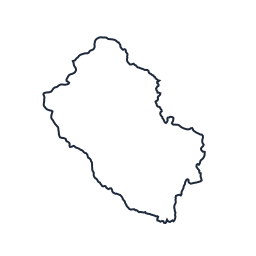 the district of Gameleiras, Minas Gerais, Brazil, rotated 211°
{"feature_id": "56859067B89817296937915", "entity_name": "Gameleiras", "entity_type": "district", "adm_level": 2, "iso_a3": "BRA", "parent_name": "Brazil", "parent_adm1": "Minas Gerais", "projection": "albers", "projection_center": [-43.269, -14.981], "detail": "fine", "context": "isolated", "style": "outline", "palette": "slate", "viewbox_px": 256, "rotation_deg": 211, "n_neighbors": 0, "source": "geoboundaries", "source_scale": "gbopen_adm2", "svg_char_len": 5542}
<svg xmlns="http://www.w3.org/2000/svg" viewBox="0 0 256 256"><g transform="rotate(211 128 128)"><path d="M40.7,72.7L40.9,73.9L41.1,74.8L41.6,76.3L42.6,77.4L43.3,78.6L43.8,80.0L45.1,80.9L45.8,81.9L46.5,82.7L47.3,83.4L47.9,84.6L48.5,86.2L48.5,87.7L48.8,88.9L49.6,90.1L50.4,91.0L50.7,92.1L51.6,93.2L51.9,94.7L51.1,95.6L50.2,96.7L49.2,97.4L48.0,97.4L48.0,98.8L49.0,100.3L49.3,101.8L49.4,103.2L49.4,104.3L49.6,105.3L50.2,106.5L50.3,108.0L50.3,109.2L50.9,110.5L51.2,112.1L51.2,113.7L50.8,114.6L49.6,114.8L48.9,114.0L48.5,113.1L47.1,112.5L45.7,112.6L44.9,113.1L44.1,114.0L43.2,114.8L42.1,115.9L41.1,116.6L40.4,117.5L39.5,118.4L38.6,119.3L37.9,121.0L39.2,122.4L40.6,123.6L41.5,125.0L42.3,126.6L43.6,126.4L44.5,127.4L45.0,128.3L46.3,128.7L47.8,129.3L49.3,130.0L49.9,131.0L50.2,132.0L49.6,133.1L48.3,133.0L48.2,134.3L48.6,135.8L49.0,137.5L48.6,138.9L48.1,140.2L48.0,141.7L48.1,143.0L48.4,144.2L49.2,145.7L49.9,147.0L50.9,146.7L51.8,146.2L53.0,146.6L54.1,147.0L54.8,147.8L54.9,149.0L54.6,150.2L54.3,151.4L54.5,152.6L55.7,153.2L56.7,153.8L57.3,154.5L57.8,155.3L58.3,156.2L58.5,157.3L58.9,158.6L59.9,159.9L61.5,160.3L62.6,159.7L63.9,159.6L65.2,159.5L66.3,159.4L67.4,159.2L68.5,159.4L69.7,159.4L70.8,159.6L71.8,160.4L72.9,161.0L74.0,160.2L74.5,158.8L75.8,157.8L77.1,157.1L78.5,156.8L79.9,156.4L80.9,156.3L82.1,156.2L83.2,156.2L84.2,156.4L85.4,156.6L86.7,156.5L88.3,155.7L89.5,155.1L90.3,154.5L91.5,154.2L92.8,154.6L93.0,155.9L93.0,157.4L93.6,158.7L94.1,159.9L95.4,160.2L96.4,159.9L97.5,159.4L98.3,158.1L99.3,157.3L99.0,156.1L98.0,155.1L97.7,153.4L98.0,151.9L99.4,151.8L100.6,152.6L101.7,153.4L102.5,153.9L103.4,154.1L104.4,155.1L105.7,155.5L106.8,156.0L107.7,156.8L108.3,158.2L107.7,159.7L108.7,160.8L109.9,161.2L110.8,161.8L111.7,162.3L112.7,162.0L113.7,161.7L114.9,162.2L115.9,163.3L117.0,163.9L118.0,164.8L117.7,165.8L116.9,166.6L117.1,168.2L118.1,169.3L118.4,170.6L117.9,171.7L117.7,173.0L118.1,174.4L119.6,174.2L120.9,173.5L121.7,174.5L123.2,175.2L124.3,176.3L124.2,177.5L124.3,178.6L123.6,179.6L124.0,180.8L125.0,181.3L126.1,181.5L126.7,182.5L126.0,183.4L125.6,184.7L126.9,184.3L128.2,184.6L129.8,184.7L130.9,185.5L132.3,185.5L133.3,186.1L134.5,185.8L135.8,186.1L137.4,186.0L138.8,186.3L139.7,187.4L141.2,187.7L142.6,187.0L143.6,186.4L145.2,186.3L146.7,185.9L148.0,185.7L149.5,185.5L151.0,184.9L152.3,185.3L153.6,185.7L154.8,185.5L156.2,186.0L157.1,185.1L157.8,184.2L159.1,183.5L160.9,184.0L162.5,184.5L163.5,185.3L164.4,186.5L164.7,187.9L165.6,188.8L166.0,190.1L166.6,191.2L167.9,191.7L169.1,192.2L169.6,193.1L170.7,193.9L171.7,193.7L172.5,192.5L173.7,192.6L174.8,193.0L176.2,193.6L177.3,195.1L178.7,195.9L180.0,196.5L181.1,196.2L182.7,196.6L183.8,196.7L185.1,196.6L186.5,196.1L187.9,195.5L189.2,194.9L190.7,194.1L192.1,194.3L193.3,194.2L194.5,193.7L195.8,192.8L197.2,192.2L198.5,191.4L199.5,190.5L200.2,189.3L200.9,187.7L201.1,186.3L200.9,185.1L200.5,184.2L200.1,183.0L199.5,181.9L198.7,180.9L198.2,179.8L198.1,178.3L198.6,176.9L199.4,175.8L200.1,175.1L200.5,174.0L200.4,172.6L201.1,171.3L202.3,170.5L203.5,169.7L204.9,168.1L206.4,166.4L206.9,165.4L207.2,164.3L207.3,163.0L207.8,161.8L208.1,160.7L208.2,159.4L208.4,158.4L209.1,157.7L209.8,157.0L208.9,156.3L208.1,155.7L207.3,154.6L206.0,153.5L205.0,153.0L204.1,152.6L203.1,151.9L202.4,150.9L202.2,149.9L202.2,148.7L202.4,147.7L202.9,146.9L203.7,145.7L205.0,144.3L205.7,143.1L205.9,142.1L205.9,141.2L205.8,140.0L205.8,138.9L205.7,137.9L204.9,136.7L203.2,136.7L201.8,136.5L201.7,135.3L202.6,134.2L203.8,133.0L204.8,132.3L206.2,131.7L207.5,131.1L208.4,130.2L209.2,128.9L209.6,127.8L210.0,126.8L210.7,125.9L211.7,125.0L212.2,123.7L212.4,122.2L212.4,120.8L212.8,119.3L213.8,118.2L214.9,117.3L216.0,116.6L217.1,115.6L218.1,114.3L217.7,113.1L216.7,112.4L215.9,111.8L215.3,111.0L214.9,110.1L214.5,109.1L213.8,108.1L213.1,106.5L212.5,104.9L211.5,103.7L210.3,103.2L209.3,102.8L208.0,102.4L206.9,102.3L205.7,102.5L204.7,102.7L203.8,102.9L202.7,103.4L201.3,103.4L200.9,102.1L200.6,100.7L200.1,99.2L199.5,97.8L198.2,96.6L196.9,96.1L195.9,95.7L194.8,95.0L193.5,94.4L192.6,93.9L191.2,93.5L189.7,93.0L188.5,92.6L187.6,91.9L186.8,90.7L185.9,89.6L185.0,88.5L184.0,87.1L182.8,85.9L181.5,85.0L180.1,85.3L179.1,85.7L177.8,86.3L176.3,86.5L175.4,86.4L174.7,85.4L173.7,85.0L172.7,85.2L171.1,85.1L170.0,84.5L169.4,83.5L169.0,82.6L167.9,81.9L166.8,82.8L166.1,83.7L165.6,84.6L164.6,84.8L163.7,84.6L162.7,84.4L161.0,84.8L159.5,85.0L158.2,85.0L157.2,84.9L156.2,85.2L154.8,85.0L153.3,84.5L152.0,84.5L150.9,84.8L150.0,84.5L148.9,84.0L148.0,83.0L146.9,82.1L144.5,82.0L143.3,81.3L142.6,80.5L141.2,79.9L140.4,78.7L139.6,77.6L138.9,76.4L138.0,75.2L137.3,74.0L136.3,73.1L135.3,72.5L134.4,72.1L133.7,70.9L132.9,69.6L132.1,69.0L131.0,68.4L130.0,68.1L129.0,68.2L127.9,67.8L127.0,67.3L125.6,66.6L123.8,66.7L122.8,66.0L121.7,65.6L120.8,65.2L119.9,64.9L118.9,65.4L118.3,66.2L117.3,66.5L115.8,65.7L114.3,65.5L113.2,65.6L112.4,67.0L111.3,67.6L110.1,66.9L109.0,65.8L107.6,65.0L106.3,65.1L105.0,65.1L104.1,65.8L102.9,66.0L101.1,66.3L100.1,66.5L98.9,66.2L97.8,65.8L96.6,65.1L95.5,64.2L94.3,63.8L92.9,63.4L92.2,62.6L91.0,61.8L89.8,61.2L89.0,60.5L87.8,60.1L86.3,59.7L85.1,59.3L83.6,59.5L82.8,60.1L81.9,60.8L80.7,61.6L79.3,61.3L78.2,62.0L77.1,61.8L76.1,61.7L75.0,61.6L74.4,62.3L73.0,62.9L71.5,63.4L70.5,64.0L69.9,64.8L68.9,64.2L67.6,64.5L66.1,65.0L64.9,65.6L63.6,65.6L62.8,65.9L61.6,66.2L60.3,66.6L58.8,66.6L57.4,67.5L56.4,67.4L56.2,66.4L56.1,65.1L55.2,63.9L54.0,64.3L52.0,64.4L50.8,65.9L49.6,66.3L48.3,65.3L46.9,65.9L46.9,66.9L47.3,69.5L45.7,68.6L43.6,69.1L42.3,71.7L41.0,71.5L40.7,72.7Z" fill="none" stroke="#1e293b" stroke-width="2"/></g></svg>